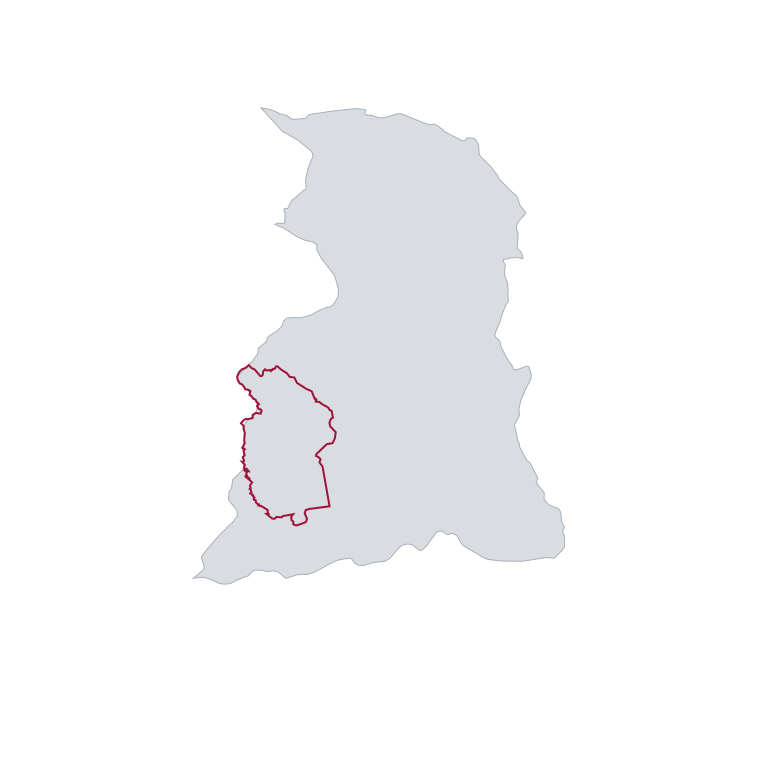 Mbomou on a map of Central African Republic (Equal Earth projection), rotated 117°
{"feature_id": "CAF-868", "entity_name": "Mbomou", "entity_type": "Prefecture", "adm_level": 1, "iso_a3": "CAF", "parent_name": "Central African Republic", "parent_adm1": "", "projection": "equal_earth", "projection_center": [23.723, 5.441], "detail": "medium", "context": "in_parent", "style": "outline", "palette": "rose", "viewbox_px": 768, "rotation_deg": 117, "n_neighbors": 0, "source": "natural_earth", "source_scale": "10m", "svg_char_len": 5628}
<svg xmlns="http://www.w3.org/2000/svg" viewBox="0 0 768 768"><g transform="rotate(117 384 384)"><path d="M509.2,272.7L515.0,274.8L516.1,277.2L514.4,285.1L515.6,290.0L518.9,294.2L522.3,296.0L525.5,297.0L536.7,299.6L541.3,302.5L547.5,311.8L555.2,320.2L557.1,324.7L556.8,328.8L554.5,333.7L554.8,335.7L558.4,340.7L562.5,345.8L569.9,351.4L582.8,360.2L588.7,366.1L590.7,370.6L594.0,375.5L598.6,379.9L601.7,383.3L599.6,393.0L600.3,396.2L601.4,399.0L604.1,402.8L605.2,407.7L607.9,413.8L611.1,416.6L616.4,417.7L619.2,420.5L625.0,425.4L630.7,429.6L633.1,432.5L634.6,435.1L635.9,438.1L636.6,441.2L636.7,447.7L637.7,455.9L640.7,461.4L643.6,465.6L632.0,460.8L630.3,460.7L628.2,461.5L622.2,467.4L620.3,468.1L612.7,466.9L594.3,462.3L580.2,457.8L575.9,456.2L568.4,454.7L563.4,457.7L558.7,468.1L557.3,470.2L550.0,473.2L546.5,472.4L538.0,475.3L524.8,470.9L520.1,471.8L516.4,474.0L507.0,478.7L501.2,481.4L494.6,483.9L488.2,487.6L484.0,489.7L479.8,489.6L476.0,487.5L471.9,485.7L467.0,485.3L461.8,486.4L457.5,490.5L455.7,493.5L451.9,501.4L447.4,514.2L445.7,516.8L444.1,518.2L423.5,511.7L414.6,510.3L408.6,512.2L401.1,508.6L397.9,508.0L396.3,509.1L392.1,507.5L385.3,503.2L378.8,501.3L373.0,501.9L369.4,500.5L366.6,496.2L362.8,488.4L356.2,480.7L347.2,474.5L341.6,469.8L339.4,466.7L334.6,464.9L327.2,464.6L320.0,467.7L309.8,477.3L300.3,497.2L295.0,504.8L290.7,506.8L289.6,511.5L291.7,519.2L292.3,527.9L290.7,542.8L291.3,553.6L289.0,551.9L286.9,546.8L285.8,545.8L279.6,548.1L276.3,550.1L274.6,552.2L273.3,552.5L271.3,549.7L269.7,549.2L267.3,549.7L264.7,549.6L263.1,549.3L262.0,549.5L259.1,547.9L248.3,543.7L246.5,542.3L244.3,542.5L238.7,546.1L235.8,547.1L226.8,549.4L217.3,550.5L213.6,550.5L211.1,552.2L209.5,554.4L206.5,568.2L205.7,570.5L205.8,574.0L205.0,585.0L205.3,588.5L193.8,618.9L192.0,613.8L190.8,607.9L190.4,601.1L190.6,599.3L189.9,597.3L188.9,591.7L189.9,588.1L189.1,584.4L186.9,580.7L184.9,577.9L183.7,575.4L182.8,574.3L180.5,573.9L177.6,572.6L164.9,554.8L151.8,534.8L149.1,528.3L148.1,524.6L151.3,524.1L152.1,523.5L152.2,521.7L150.2,516.6L149.3,510.1L147.6,506.1L142.5,500.0L137.6,495.3L136.0,492.9L135.1,489.5L133.4,468.0L132.5,461.8L131.0,459.1L129.9,457.9L129.5,456.4L129.7,452.6L130.4,449.1L130.3,447.8L131.7,444.8L131.8,424.8L130.2,422.1L127.3,422.0L125.7,419.1L124.4,415.5L124.8,412.9L127.7,408.8L129.6,407.3L135.2,404.1L136.8,402.5L137.8,400.5L138.5,397.9L141.8,387.6L146.7,377.4L148.8,375.3L153.8,360.3L155.0,356.4L155.8,352.6L157.4,349.5L162.8,344.4L166.9,335.5L171.2,336.0L175.7,337.4L181.4,338.1L185.9,336.4L188.9,332.9L202.8,326.9L203.9,322.1L206.1,319.6L208.7,317.4L209.5,317.1L209.7,318.7L211.2,323.7L214.4,328.6L219.0,334.0L220.3,333.7L223.3,329.6L230.5,327.1L232.4,325.9L237.6,320.0L243.8,316.1L247.4,314.7L253.7,310.8L258.1,311.3L265.3,310.7L277.2,308.8L285.9,308.2L290.2,307.4L291.3,306.6L293.0,300.9L294.3,299.3L297.6,296.8L304.0,288.1L308.2,280.8L309.4,278.2L310.3,277.7L312.1,274.6L310.3,271.4L303.3,265.0L303.4,264.1L303.0,263.0L303.4,262.1L306.1,259.4L309.8,256.4L313.7,255.3L323.8,255.5L332.5,254.9L334.5,255.0L341.3,253.5L345.9,252.1L350.6,249.0L361.4,249.3L370.4,241.4L373.0,240.0L374.1,238.7L374.4,237.5L378.6,234.4L383.3,227.9L387.1,222.0L388.1,217.9L398.3,203.9L401.8,204.2L403.5,202.4L407.6,193.1L408.8,191.4L413.0,189.7L415.0,187.0L416.7,182.8L416.7,177.8L416.0,173.7L416.0,171.7L416.9,169.9L418.6,168.0L426.3,163.0L428.2,160.6L429.4,158.4L431.5,158.0L433.9,158.2L435.4,156.9L437.1,154.6L442.4,151.5L447.3,149.1L452.5,150.1L461.9,153.2L464.7,159.9L466.0,162.2L477.6,178.0L479.9,181.7L485.6,193.2L489.1,200.9L493.2,212.0L493.6,218.0L493.0,223.2L492.2,237.9L491.2,242.1L486.1,250.0L485.8,253.6L486.9,256.5L488.4,257.7L489.4,259.2L488.8,266.0L490.6,268.7L494.5,270.5L504.1,271.7L509.2,272.7Z" fill="#d9dde1" stroke="#a8b0b8" stroke-width="1"/><path d="M524.5,467.9L523.2,464.9L521.8,468.1L523.3,469.5L522.1,470.8L519.2,471.3L517.7,475.3L517.2,474.0L515.7,473.9L513.4,476.7L510.9,475.8L506.4,479.4L505.3,478.6L505.2,481.3L500.0,481.2L497.7,483.0L490.8,485.8L487.5,488.9L485.2,489.9L483.9,493.6L479.9,492.6L477.9,491.2L477.3,489.7L474.0,485.6L471.2,487.0L467.9,484.9L466.4,480.4L463.2,481.0L462.6,482.2L463.1,484.1L461.4,487.1L458.7,486.3L457.5,489.8L456.2,491.5L456.5,493.8L455.1,496.5L454.8,498.9L450.9,499.9L450.8,502.7L451.8,505.2L450.0,507.6L448.8,510.4L449.1,512.6L446.9,516.1L444.1,518.2L439.3,518.5L435.5,517.3L432.3,514.5L428.6,513.1L429.9,509.2L429.8,505.8L433.1,497.8L432.5,496.6L431.1,496.2L427.2,497.4L424.9,496.7L425.4,494.9L423.8,492.8L423.8,490.8L423.0,491.2L422.2,489.7L421.1,490.0L419.9,488.1L417.5,488.3L416.6,486.9L417.9,481.8L418.5,475.3L420.5,471.2L418.9,466.8L422.5,462.1L423.6,451.3L423.3,445.1L428.6,439.1L429.0,438.1L428.2,438.3L428.5,437.2L430.7,436.8L429.3,433.3L430.1,430.2L430.2,424.4L430.4,422.8L431.8,420.7L431.8,418.4L437.2,414.2L439.2,415.5L443.3,415.0L446.2,412.6L448.9,405.1L454.7,403.1L460.1,403.0L463.5,407.6L477.0,412.4L478.9,412.0L479.0,408.4L480.0,406.3L483.1,406.0L485.4,401.3L517.7,377.0L529.0,393.5L531.8,396.5L535.1,396.0L539.1,391.4L542.0,390.9L543.3,391.5L549.3,397.3L550.1,398.8L550.2,401.2L547.8,402.3L547.2,404.7L544.3,406.4L541.3,405.8L547.6,414.2L549.3,414.7L551.3,419.5L553.6,420.2L554.7,422.4L553.1,429.8L552.0,428.0L551.0,429.5L549.1,430.4L548.4,438.0L549.1,439.6L548.1,440.6L549.1,441.2L548.2,442.1L547.8,444.2L545.8,445.6L546.2,447.3L544.9,448.3L544.0,447.9L543.0,450.6L542.5,450.4L542.2,453.5L540.8,452.8L538.9,454.7L538.6,456.0L537.3,455.5L535.3,457.4L531.5,456.8L530.2,461.9L529.4,461.0L528.9,461.7L528.8,463.8L529.7,464.5L529.6,465.1L528.8,465.7L527.6,464.8L526.6,466.0L524.8,466.1L524.5,467.9Z" fill="none" stroke="#9f1239" stroke-width="2"/></g></svg>